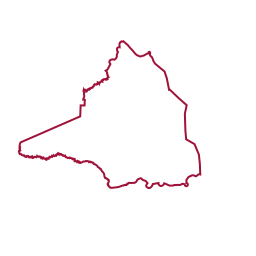 Nanton, Northern, Ghana, rotated 120°
{"feature_id": "2480657B96271436146347", "entity_name": "Nanton", "entity_type": "district", "adm_level": 2, "iso_a3": "GHA", "parent_name": "Ghana", "parent_adm1": "Northern", "projection": "albers", "projection_center": [-0.633, 9.559], "detail": "fine", "context": "isolated", "style": "outline", "palette": "rose", "viewbox_px": 256, "rotation_deg": 120, "n_neighbors": 0, "source": "geoboundaries", "source_scale": "gbopen_adm2", "svg_char_len": 5974}
<svg xmlns="http://www.w3.org/2000/svg" viewBox="0 0 256 256"><g transform="rotate(120 128 128)"><path d="M176.8,146.3L176.7,145.5L177.1,144.7L176.9,144.5L176.4,144.6L176.3,144.0L176.4,143.7L175.9,143.6L175.8,143.4L175.9,142.2L175.8,141.7L175.5,141.4L175.9,140.9L176.0,140.5L175.9,140.3L176.1,140.0L175.9,139.7L176.2,139.4L175.9,137.8L176.1,137.1L176.0,136.5L176.2,135.6L176.5,135.3L176.9,134.4L176.8,133.2L177.3,132.2L177.0,131.7L177.0,131.2L178.4,129.1L178.7,127.8L179.6,125.9L182.0,123.9L182.1,123.5L182.7,123.0L182.7,122.2L182.3,121.6L182.6,121.0L182.4,120.0L182.9,119.3L182.7,118.7L184.0,117.8L184.5,117.7L185.1,117.8L185.9,117.5L186.7,117.6L186.8,117.1L187.5,116.7L187.5,116.2L187.8,116.1L188.2,115.5L188.1,114.6L188.6,113.7L188.5,113.2L187.7,111.8L184.5,107.5L183.2,106.1L180.6,104.0L180.1,103.1L179.1,102.6L178.3,101.0L177.5,101.1L177.2,100.5L176.4,100.6L176.0,100.0L175.3,100.0L175.1,99.9L173.7,97.2L172.1,94.8L170.5,94.0L168.3,94.0L167.1,93.5L165.3,92.1L165.0,91.1L165.5,89.9L165.6,89.0L165.1,86.9L165.1,86.1L165.6,84.3L166.0,83.5L167.5,83.7L168.6,83.5L169.1,83.3L169.5,82.8L169.8,81.7L169.8,80.8L169.6,80.1L169.1,79.2L167.5,78.4L165.6,78.2L164.2,78.5L160.4,74.1L160.9,73.8L161.6,73.2L161.9,72.3L162.0,71.1L161.6,70.2L160.6,69.3L159.5,68.9L157.8,69.0L157.5,67.0L157.2,63.8L157.0,63.0L155.9,61.1L154.8,59.6L154.3,59.5L154.0,59.1L153.1,57.4L152.7,57.0L151.6,54.9L150.9,54.0L149.6,53.4L148.8,52.4L148.4,50.9L149.3,49.9L149.4,49.4L149.3,48.4L148.9,48.0L148.4,47.7L147.8,47.7L147.1,47.9L146.4,48.6L146.2,49.0L146.4,49.9L143.9,51.4L140.9,51.2L140.1,51.0L139.1,50.2L138.5,50.1L137.9,49.4L137.2,49.1L136.3,47.9L136.1,47.2L136.1,46.3L135.9,45.9L136.0,45.4L135.8,45.0L135.3,44.7L132.9,43.7L132.3,43.0L132.1,42.2L123.2,47.8L115.6,53.3L108.7,62.3L108.7,72.0L101.7,76.9L87.2,85.9L78.9,88.6L76.8,99.0L73.9,111.0L74.4,111.5L65.7,119.1L60.8,124.6L58.8,136.5L57.6,139.0L54.8,142.5L54.3,144.6L53.7,145.7L52.2,146.2L51.5,146.6L51.3,147.5L51.6,147.9L51.9,148.0L53.1,147.6L53.9,148.5L55.2,149.3L57.3,150.5L59.7,152.9L60.2,153.9L60.2,155.3L60.5,156.5L60.1,158.7L58.6,162.7L57.5,166.4L56.3,169.6L55.2,175.4L55.7,175.6L56.0,176.2L56.3,176.4L56.3,177.0L57.5,177.6L59.4,177.5L62.3,175.6L62.5,176.3L63.2,176.9L64.2,177.3L65.0,177.1L66.6,176.0L67.2,174.7L69.7,174.5L72.0,173.3L72.7,173.2L74.3,173.3L75.6,173.9L76.1,175.5L77.6,177.1L78.9,177.5L80.5,177.0L81.4,175.2L87.8,175.0L89.5,176.0L90.3,173.8L91.4,173.3L92.2,172.2L92.6,172.2L93.2,171.1L93.8,170.8L93.8,170.6L94.2,170.9L94.5,170.8L94.8,171.0L95.4,170.7L95.4,170.4L95.7,170.1L96.0,170.2L96.1,170.5L96.4,170.7L96.7,170.6L96.9,170.9L97.2,171.3L96.7,171.9L97.5,172.8L97.9,173.0L98.1,173.6L99.2,173.7L99.3,173.5L99.6,173.6L99.9,174.1L99.5,174.1L99.4,174.3L99.9,174.5L100.6,174.5L100.9,173.8L101.3,174.6L102.4,174.9L102.6,175.3L102.9,175.3L102.9,175.0L103.4,175.0L103.5,175.2L103.8,175.1L103.5,175.6L103.5,176.2L103.9,176.0L104.7,176.0L104.9,176.1L104.7,176.5L105.1,176.3L105.6,176.5L105.7,176.9L105.6,177.1L105.9,177.4L106.4,177.3L106.6,177.6L106.5,178.1L106.8,178.8L108.4,179.0L108.7,178.6L109.1,178.8L109.7,178.7L110.4,179.3L110.9,179.0L111.2,179.4L111.7,179.8L111.8,180.1L112.4,180.7L113.0,180.8L113.3,180.4L113.6,180.6L113.7,180.8L114.0,181.1L114.1,181.3L114.5,181.1L114.6,181.4L114.1,181.8L114.4,182.0L114.6,181.9L115.4,182.2L115.5,182.4L116.8,182.0L117.4,182.4L116.7,183.1L116.7,184.1L116.9,184.0L117.3,184.5L116.5,184.7L116.6,184.9L117.3,185.0L117.0,185.4L118.5,184.9L119.4,183.6L120.1,183.2L120.9,183.0L121.8,182.1L122.7,181.6L124.8,181.3L125.8,181.0L125.2,179.5L130.2,176.9L132.1,180.3L141.8,175.2L194.1,213.8L195.6,213.7L198.2,212.7L198.4,211.9L198.6,211.8L199.1,212.0L199.3,211.6L199.8,211.7L199.9,211.3L200.6,211.0L201.3,210.1L201.9,210.4L201.8,210.7L202.1,211.0L202.6,210.6L203.1,210.6L203.3,210.0L204.5,209.2L204.7,208.6L204.2,208.0L204.0,207.4L204.1,207.1L204.5,206.7L204.4,205.5L203.7,204.7L203.6,204.2L204.1,203.9L204.3,203.4L204.0,202.8L204.2,202.3L204.0,201.7L203.8,201.7L203.5,201.4L203.0,201.8L202.6,201.5L202.7,200.9L202.2,200.3L202.5,199.9L202.3,199.7L202.9,198.8L202.4,198.3L202.0,198.3L201.7,198.1L201.6,197.5L201.3,197.2L200.4,196.9L200.5,196.7L201.1,196.6L201.1,196.0L201.7,196.1L201.6,195.4L200.3,194.6L200.0,194.7L199.7,194.6L199.3,193.8L199.2,193.0L198.8,193.1L198.5,192.6L197.8,192.7L198.0,192.3L197.5,191.5L197.8,191.4L197.8,191.2L197.2,191.0L196.7,190.2L196.9,189.9L196.8,189.6L197.0,189.5L196.9,189.1L197.3,188.8L197.2,188.4L197.6,187.9L197.4,187.7L196.7,187.8L196.8,187.3L196.4,187.3L196.0,186.8L196.6,186.5L196.0,186.2L196.5,185.5L196.3,184.8L196.1,184.7L195.9,184.4L196.4,183.6L196.4,182.8L196.2,182.6L195.8,182.7L195.6,183.0L195.3,182.9L195.2,183.1L195.0,182.7L194.5,182.8L194.4,182.1L194.2,181.9L194.4,181.5L194.3,181.3L193.7,181.5L193.1,181.3L192.6,181.6L192.4,181.6L192.5,181.2L192.3,180.6L191.7,180.5L191.3,180.0L190.6,180.0L190.9,179.5L190.9,179.2L189.2,179.0L189.5,178.6L189.4,178.2L188.8,178.1L188.8,177.3L188.2,177.0L188.0,176.5L187.8,176.6L187.6,176.4L187.2,176.7L187.0,176.4L186.7,176.5L186.7,176.2L186.0,176.0L185.8,175.4L185.0,176.0L184.8,176.0L184.9,175.5L184.7,175.4L184.6,174.8L185.1,174.7L184.7,174.2L185.0,173.7L184.3,173.6L184.0,172.9L184.1,172.5L184.4,172.1L184.4,171.6L184.2,171.4L184.3,171.0L184.1,170.8L184.5,170.3L184.2,170.0L184.2,169.7L183.8,169.4L183.8,168.8L183.5,168.6L184.2,168.0L184.3,167.4L184.0,167.3L184.2,166.5L183.9,165.5L184.1,165.0L183.4,164.3L183.1,163.6L182.8,163.7L182.6,163.6L182.7,163.2L183.0,163.0L182.5,162.3L182.3,161.4L182.5,161.0L182.4,160.8L182.7,160.8L182.8,160.6L182.4,160.3L182.4,160.1L182.0,160.1L182.0,159.2L181.6,158.8L181.8,158.7L182.6,158.6L182.7,158.4L182.5,157.9L182.8,157.8L182.9,157.5L183.3,157.4L182.7,156.5L182.8,156.0L182.2,155.5L182.5,155.2L182.0,155.1L182.4,154.6L181.5,154.0L181.6,153.8L181.6,153.5L182.1,153.4L182.3,153.3L181.9,152.8L182.2,152.6L181.9,152.2L182.2,152.0L182.1,151.8L181.5,151.8L181.2,151.0L179.2,149.8L178.4,148.4L177.7,148.0L177.6,147.4L177.1,147.0L176.8,146.3Z" fill="none" stroke="#9f1239" stroke-width="2"/></g></svg>